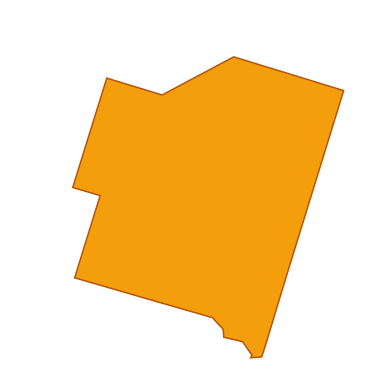 Jackson, Louisiana, United States of America (Robinson projection), rotated 287°
{"feature_id": "52423323B48909389322021", "entity_name": "Jackson", "entity_type": "district", "adm_level": 2, "iso_a3": "USA", "parent_name": "United States of America", "parent_adm1": "Louisiana", "projection": "robinson", "projection_center": [-92.632, 32.321], "detail": "fine", "context": "isolated", "style": "filled", "palette": "amber", "viewbox_px": 384, "rotation_deg": 287, "n_neighbors": 0, "source": "geoboundaries", "source_scale": "gbopen_adm2", "svg_char_len": 443}
<svg xmlns="http://www.w3.org/2000/svg" viewBox="0 0 384 384"><g transform="rotate(287 192 192)"><path d="M75.6,104.9L76.9,194.2L77.8,248.2L69.8,262.0L62.4,264.8L63.6,284.2L53.4,297.1L50.6,296.5L54.7,306.9L67.6,307.1L118.6,306.9L148.3,306.9L333.3,307.4L333.4,220.9L333.4,192.3L327.6,186.5L276.0,135.0L276.0,93.1L276.0,77.2L181.8,76.7L161.4,76.6L161.7,105.2L92.2,104.9L75.6,104.9Z" fill="#f59e0b" stroke="#b45309" stroke-width="1.5"/></g></svg>